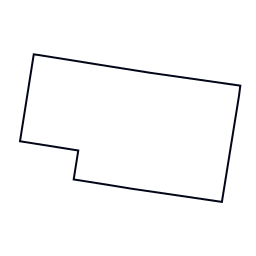 Blaine, Oklahoma, United States of America, rotated 99°
{"feature_id": "52423323B75557290257100", "entity_name": "Blaine", "entity_type": "district", "adm_level": 2, "iso_a3": "USA", "parent_name": "United States of America", "parent_adm1": "Oklahoma", "projection": "mercator", "projection_center": [-98.46, 35.859], "detail": "fine", "context": "isolated", "style": "outline", "palette": "ink", "viewbox_px": 256, "rotation_deg": 99, "n_neighbors": 0, "source": "geoboundaries", "source_scale": "gbopen_adm2", "svg_char_len": 356}
<svg xmlns="http://www.w3.org/2000/svg" viewBox="0 0 256 256"><g transform="rotate(99 128 128)"><path d="M68.6,23.7L70.0,114.5L70.0,143.9L70.0,167.0L69.9,227.7L70.0,232.6L72.4,232.6L137.8,232.6L158.0,232.6L158.0,178.5L158.0,173.6L187.3,173.6L187.3,134.2L187.4,114.6L186.3,23.7L78.5,23.4L68.6,23.7Z" fill="none" stroke="#020617" stroke-width="2"/></g></svg>